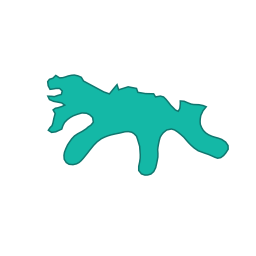 Alto Bela Vista, Santa Catarina, Brazil, rotated 309°
{"feature_id": "56859067B70732496229175", "entity_name": "Alto Bela Vista", "entity_type": "district", "adm_level": 2, "iso_a3": "BRA", "parent_name": "Brazil", "parent_adm1": "Santa Catarina", "projection": "albers", "projection_center": [-51.932, -27.427], "detail": "fine", "context": "isolated", "style": "filled", "palette": "teal", "viewbox_px": 256, "rotation_deg": 309, "n_neighbors": 0, "source": "geoboundaries", "source_scale": "gbopen_adm2", "svg_char_len": 2245}
<svg xmlns="http://www.w3.org/2000/svg" viewBox="0 0 256 256"><g transform="rotate(309 128 128)"><path d="M123.4,38.8L119.4,38.3L116.4,36.3L113.5,36.4L110.6,39.4L109.0,43.1L111.0,45.0L113.4,47.1L115.7,49.9L115.4,53.6L112.1,55.1L109.4,53.1L106.0,51.0L104.5,48.6L102.3,45.7L100.7,49.1L101.9,53.4L103.9,57.1L105.8,60.7L106.0,64.4L103.3,63.2L99.6,60.8L97.6,59.1L94.9,58.4L93.4,62.3L88.7,64.4L84.9,66.4L82.0,67.5L79.3,67.2L76.1,67.5L76.5,71.4L79.6,74.3L85.5,77.2L88.9,75.9L92.3,75.2L96.4,75.6L99.9,76.5L103.1,77.8L106.8,80.0L110.7,82.7L113.4,86.5L114.2,90.0L113.9,93.9L110.7,97.4L106.8,97.4L103.7,96.4L101.1,96.0L96.7,94.6L91.7,92.5L88.1,91.4L84.0,91.1L79.8,91.4L76.8,91.7L72.5,92.8L69.2,93.9L66.5,95.4L63.6,98.1L62.3,101.8L62.7,105.0L64.9,108.3L67.7,110.5L70.2,111.6L72.9,112.1L76.2,112.3L80.3,112.3L83.1,112.3L86.8,112.2L93.0,112.2L97.9,112.7L102.9,114.0L106.1,115.5L109.1,117.2L111.8,119.0L114.9,121.4L119.0,124.8L123.2,128.0L125.5,130.6L127.1,133.6L127.4,136.4L127.0,139.8L125.1,142.8L123.3,145.4L121.1,148.6L117.6,151.9L115.0,154.3L112.2,156.5L109.0,158.4L104.9,160.5L101.7,163.1L100.8,167.3L102.0,170.7L103.9,172.9L106.7,174.8L110.3,175.4L114.5,174.5L117.8,172.9L120.9,171.3L124.2,169.5L127.0,167.3L129.8,164.7L132.0,163.3L134.9,161.7L138.2,160.0L141.1,158.8L143.8,158.4L146.6,158.4L150.8,159.3L154.5,162.3L155.8,165.3L156.2,169.1L156.2,173.3L156.0,177.2L155.2,181.4L154.7,184.3L154.3,187.8L154.1,192.0L154.5,196.9L155.8,200.7L156.9,203.9L158.1,207.1L159.1,210.7L159.9,213.8L160.9,216.6L163.3,218.7L166.7,219.6L170.0,219.7L174.5,219.2L177.3,216.8L178.5,212.7L178.1,208.0L176.9,204.5L175.5,201.3L174.4,198.5L173.4,194.8L173.1,191.4L173.5,188.0L174.6,185.0L176.2,182.1L178.1,180.2L180.4,178.5L183.5,176.7L188.7,175.4L193.7,175.4L192.7,172.2L190.7,168.4L187.6,164.3L186.3,162.0L185.1,158.3L184.1,154.8L181.9,151.6L179.5,153.6L175.8,156.0L172.6,156.5L171.8,153.6L172.2,150.1L172.5,147.0L173.3,143.7L174.2,139.3L174.5,136.1L173.2,133.1L169.5,129.8L170.7,126.4L165.7,119.9L163.4,115.8L161.9,113.2L164.1,109.7L160.1,102.2L151.8,96.7L154.8,92.2L150.3,92.1L142.8,92.1L140.8,86.5L136.5,63.9L138.0,59.8L137.0,56.2L135.4,53.0L133.4,50.9L130.8,48.8L128.4,47.3L126.0,45.6L123.9,43.3L123.4,38.8Z" fill="#14b8a6" stroke="#0f766e" stroke-width="1.5"/></g></svg>